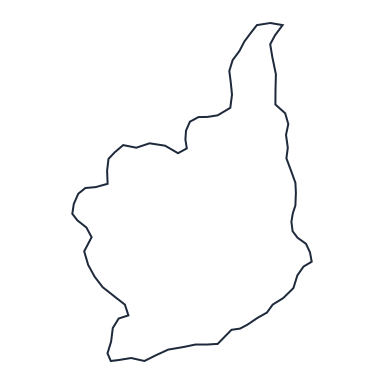 outline of São Domingos das Dores, Minas Gerais, Brazil
{"feature_id": "56859067B13750100208700", "entity_name": "São Domingos das Dores", "entity_type": "district", "adm_level": 2, "iso_a3": "BRA", "parent_name": "Brazil", "parent_adm1": "Minas Gerais", "projection": "albers", "projection_center": [-42.029, -19.515], "detail": "fine", "context": "isolated", "style": "outline", "palette": "slate", "viewbox_px": 384, "rotation_deg": 0, "n_neighbors": 0, "source": "geoboundaries", "source_scale": "gbopen_adm2", "svg_char_len": 1181}
<svg xmlns="http://www.w3.org/2000/svg" viewBox="0 0 384 384"><path d="M311.7,261.7L310.0,252.4L306.0,243.8L297.6,237.8L292.6,231.2L291.4,221.8L292.8,213.4L295.4,205.4L295.9,192.7L295.4,182.8L291.4,171.7L286.4,158.3L287.8,147.7L286.0,134.9L288.3,124.1L285.2,113.3L275.4,104.5L275.5,89.9L275.9,74.3L272.3,56.9L270.2,44.3L275.0,35.3L282.6,25.1L270.2,23.0L256.9,25.1L251.5,32.0L244.5,41.3L239.5,50.9L232.6,60.2L229.3,71.0L230.7,81.8L232.0,94.6L230.3,107.8L217.7,115.3L207.7,116.9L198.4,117.1L189.9,121.7L186.0,130.7L185.4,139.6L186.8,148.4L178.0,153.2L165.1,145.7L149.6,143.3L136.3,147.7L123.2,145.1L114.7,152.3L108.5,158.9L107.1,170.6L107.6,183.8L95.7,187.1L85.4,188.0L78.3,193.7L73.8,203.9L72.3,213.8L77.4,220.4L86.4,227.5L91.6,237.2L84.2,251.3L88.2,265.0L94.7,276.8L102.7,287.2L115.6,297.4L124.9,304.6L128.4,315.4L118.7,318.5L112.8,328.0L111.1,341.6L107.5,353.3L110.8,361.0L119.6,359.9L131.1,358.0L144.4,361.0L155.8,355.3L168.2,349.6L184.1,346.9L195.6,344.5L207.5,344.5L217.7,343.9L225.0,336.4L231.5,329.8L240.0,328.6L247.4,324.7L257.6,317.8L266.9,312.6L272.7,304.6L283.3,298.0L293.4,288.1L297.4,275.3L303.6,266.5L311.7,261.7Z" fill="none" stroke="#1e293b" stroke-width="2"/></svg>